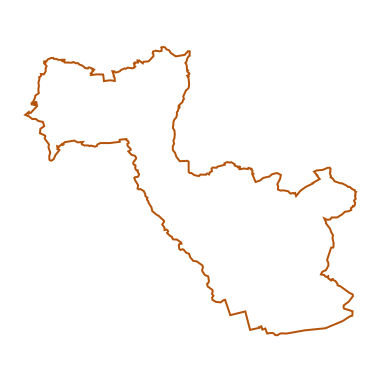 Voinesti, Dâmbovita, Romania (Natural Earth projection), rotated 358°
{"feature_id": "2599482B44147750772273", "entity_name": "Voinesti", "entity_type": "district", "adm_level": 2, "iso_a3": "ROU", "parent_name": "Romania", "parent_adm1": "Dâmbovita", "projection": "natural_earth1", "projection_center": [25.247, 45.074], "detail": "fine", "context": "isolated", "style": "outline", "palette": "amber", "viewbox_px": 384, "rotation_deg": 358, "n_neighbors": 0, "source": "geoboundaries", "source_scale": "gbopen_adm2", "svg_char_len": 5911}
<svg xmlns="http://www.w3.org/2000/svg" viewBox="0 0 384 384"><g transform="rotate(358 192 192)"><path d="M347.9,321.2L348.3,316.8L340.0,313.9L339.4,312.7L339.7,310.6L345.0,306.9L349.2,301.7L348.9,299.9L345.7,298.2L337.0,291.4L334.2,290.3L334.3,289.1L333.4,287.7L332.2,285.9L330.1,284.9L329.7,283.9L328.5,284.2L328.6,284.9L328.0,285.3L325.1,283.0L325.2,280.9L323.6,281.6L322.3,281.1L321.3,279.6L318.0,278.9L319.0,276.8L320.9,275.5L323.1,274.9L325.7,270.4L325.8,267.5L324.6,264.7L329.1,252.5L331.2,252.4L331.7,250.5L331.5,249.1L331.8,248.3L330.8,242.8L331.4,240.1L329.7,237.0L328.7,233.6L324.8,228.0L325.0,227.2L323.3,223.0L326.0,224.4L328.2,224.4L329.2,224.2L330.7,222.3L336.2,222.5L341.4,219.5L344.1,217.1L348.1,216.6L350.5,215.5L350.3,213.6L352.0,212.7L352.2,211.6L353.4,211.8L354.4,210.3L354.6,208.5L353.6,206.3L355.4,204.5L354.8,202.8L355.2,201.2L354.8,200.9L355.3,199.9L355.2,198.8L356.0,197.7L355.1,197.3L354.6,195.7L352.5,194.9L349.7,192.3L348.2,192.4L347.1,191.3L342.0,188.4L341.0,188.6L334.9,186.3L333.1,183.4L331.0,182.2L331.5,181.1L330.6,178.9L330.5,177.3L331.1,176.6L330.9,175.0L331.3,173.8L330.5,172.5L328.0,172.7L323.3,174.5L317.5,174.8L314.7,175.9L317.8,179.7L317.4,179.9L320.1,183.5L313.0,187.2L313.3,187.5L312.7,187.9L306.0,190.8L300.3,194.6L295.9,199.7L295.1,196.6L294.0,197.1L293.3,196.5L290.3,197.0L288.1,194.6L283.4,193.5L280.7,193.7L278.0,192.6L278.3,189.0L277.5,187.3L280.5,181.9L281.4,178.1L278.4,176.3L276.8,176.1L272.5,177.1L269.9,179.2L263.7,180.4L260.2,183.0L255.9,184.2L252.9,176.3L253.9,175.9L252.9,174.9L253.2,173.0L252.3,171.4L251.9,171.4L252.2,170.8L249.2,169.9L248.6,171.0L244.7,170.3L240.7,171.0L240.1,170.6L240.9,168.6L240.2,168.3L239.8,168.9L239.1,168.9L239.3,168.3L236.4,167.6L235.5,166.9L235.7,165.8L232.3,163.6L230.2,163.9L228.4,163.3L225.4,164.5L225.8,165.9L218.2,167.6L217.5,168.6L213.3,168.3L212.3,169.5L212.7,172.0L210.9,172.6L209.6,175.0L208.6,174.1L207.3,174.2L206.6,175.2L200.9,174.9L199.9,176.1L198.7,176.2L194.7,175.1L192.1,173.0L190.5,173.0L189.4,171.9L189.7,161.5L188.5,160.7L180.9,160.8L177.6,156.3L176.4,152.1L174.5,149.8L174.3,148.6L174.4,145.7L175.8,143.0L175.2,139.9L176.2,138.1L176.8,133.9L176.6,129.8L175.2,127.4L176.1,120.6L177.0,118.9L178.8,117.0L179.5,115.1L179.7,111.6L180.7,110.6L181.5,107.7L181.7,108.1L182.5,107.3L182.4,105.5L181.7,105.5L181.8,105.1L185.6,101.8L186.3,99.7L187.2,98.8L186.6,96.4L187.1,95.1L189.4,90.5L192.2,88.0L192.6,86.4L192.9,84.0L192.5,77.9L192.1,77.3L192.5,76.7L191.8,76.5L192.1,75.9L191.5,75.5L193.1,74.7L193.5,73.4L191.9,72.1L191.4,71.0L192.2,70.4L191.2,69.2L191.2,66.1L190.7,63.8L189.9,62.8L191.2,61.2L191.8,58.7L193.2,56.4L194.5,55.7L194.3,53.7L194.8,52.0L194.4,51.2L192.8,51.2L189.5,54.7L180.6,55.9L175.6,52.3L174.1,49.6L171.6,48.6L170.1,46.6L168.9,46.1L167.3,46.5L165.9,45.8L166.7,46.9L166.5,49.9L164.5,50.3L160.6,49.5L158.0,50.3L157.5,52.1L158.2,52.9L158.2,54.9L153.2,59.9L148.0,60.2L147.3,61.7L143.7,58.7L142.1,58.6L142.1,59.3L142.9,59.3L142.6,60.7L139.2,60.6L138.6,61.3L139.2,61.6L138.6,62.0L139.1,63.1L138.7,63.4L138.8,64.7L139.4,65.0L138.5,65.8L136.7,66.3L132.2,65.5L130.0,66.6L128.9,66.1L124.9,67.8L124.1,68.8L121.1,69.8L119.4,69.8L118.8,68.8L116.7,68.5L118.1,73.4L117.8,73.7L118.7,75.2L118.7,78.3L114.1,77.5L107.9,78.1L107.3,71.5L101.0,71.1L95.2,71.6L95.8,70.4L95.0,70.0L97.7,67.3L97.1,66.8L97.9,66.3L96.9,66.0L97.2,65.5L93.7,63.9L92.9,64.0L92.3,64.9L89.7,64.5L86.8,61.8L83.8,60.7L82.6,59.2L80.2,59.3L78.7,58.2L77.7,58.0L76.7,58.6L69.2,58.1L68.9,57.3L65.9,56.1L69.0,56.3L69.2,55.4L63.2,55.3L60.9,54.2L58.5,54.1L58.0,53.2L55.6,53.2L52.5,54.5L50.4,57.2L49.7,56.2L48.9,56.3L48.6,58.0L51.1,61.1L50.0,63.4L50.0,66.3L48.1,69.2L45.1,68.8L45.4,70.3L44.4,71.5L43.3,71.8L43.4,74.0L42.3,77.6L42.7,80.3L42.0,84.5L42.3,87.9L38.8,90.2L38.4,92.2L36.7,95.9L34.7,97.7L34.8,98.6L39.0,96.5L39.5,96.8L39.2,97.1L39.7,98.2L37.4,98.6L36.9,99.4L39.1,99.8L39.8,99.1L40.2,100.7L33.6,107.3L32.8,107.1L31.7,107.8L31.6,106.4L28.0,109.1L31.8,110.8L34.8,113.4L38.7,113.7L40.9,115.7L45.4,116.7L46.6,121.1L42.7,123.5L42.1,128.0L47.0,130.4L47.4,131.1L46.6,133.4L50.7,139.4L50.1,142.3L51.7,147.6L50.6,151.2L50.6,154.4L51.0,155.3L52.6,155.8L55.0,154.2L56.8,150.4L60.9,145.5L59.1,144.4L59.9,144.0L60.2,143.0L58.9,142.3L58.9,141.5L60.3,142.2L63.3,140.0L64.3,140.5L65.0,140.1L64.6,139.5L65.4,139.5L65.4,138.6L66.5,137.8L76.1,136.5L79.4,138.4L84.6,138.2L83.4,139.5L83.6,140.5L86.3,141.8L89.9,141.8L91.3,142.6L92.7,142.1L96.5,143.3L98.5,142.7L99.1,141.2L102.2,139.9L111.7,140.2L121.6,139.3L121.4,137.6L121.8,137.2L128.3,136.8L128.4,138.1L129.5,138.5L130.5,140.2L130.3,141.0L129.1,141.7L129.2,143.6L132.2,146.9L132.0,148.0L129.8,149.2L133.0,152.8L136.1,153.8L137.4,155.8L137.1,157.0L134.5,160.1L134.2,161.4L135.0,162.8L136.3,163.2L136.5,164.5L136.0,165.5L136.3,166.9L136.8,167.9L138.6,168.6L138.1,169.3L139.7,172.2L139.1,174.2L137.8,175.1L135.6,175.2L134.8,175.9L135.7,178.6L138.4,183.3L137.7,186.7L138.8,187.5L140.7,187.3L143.8,189.4L145.3,192.6L145.2,194.3L147.3,196.3L146.6,197.4L146.8,198.2L147.9,199.5L148.3,201.5L150.9,205.8L151.6,209.6L155.5,213.2L158.0,214.8L163.1,219.9L162.9,220.9L161.1,223.6L163.2,226.6L163.2,229.0L165.0,228.7L166.2,229.3L166.7,230.7L165.6,232.1L168.8,235.3L170.4,236.1L170.7,237.5L171.5,238.7L175.2,239.0L179.4,242.1L179.7,243.3L177.6,243.5L176.9,244.8L177.4,248.6L178.6,249.5L180.5,248.9L181.6,249.3L184.1,252.5L186.9,253.6L187.9,257.1L190.9,260.9L194.3,261.5L199.9,265.8L200.3,267.6L199.4,270.4L199.7,271.8L201.9,275.4L205.1,276.8L205.4,277.7L205.8,281.9L205.1,283.5L203.9,284.2L204.1,286.1L204.6,287.1L209.0,290.6L209.3,291.7L208.4,294.5L209.8,296.4L208.4,298.3L208.7,300.5L212.2,302.7L216.8,303.3L219.6,301.3L221.3,300.9L226.0,316.4L241.1,313.2L245.2,331.8L254.6,330.1L254.4,329.4L256.6,328.7L257.6,332.0L260.5,331.0L262.1,336.0L267.2,335.6L268.8,336.2L269.8,337.6L272.0,338.2L275.6,336.4L282.1,336.7L299.7,334.2L320.6,332.8L338.1,326.2L345.2,321.9L347.9,321.2Z" fill="none" stroke="#b45309" stroke-width="2"/></g></svg>